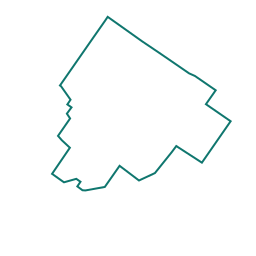 the district of Bibb, Alabama, United States of America, rotated 215°
{"feature_id": "52423323B3928006362996", "entity_name": "Bibb", "entity_type": "district", "adm_level": 2, "iso_a3": "USA", "parent_name": "United States of America", "parent_adm1": "Alabama", "projection": "equal_earth", "projection_center": [-87.112, 33.039], "detail": "fine", "context": "isolated", "style": "outline", "palette": "teal", "viewbox_px": 256, "rotation_deg": 215, "n_neighbors": 0, "source": "geoboundaries", "source_scale": "gbopen_adm2", "svg_char_len": 575}
<svg xmlns="http://www.w3.org/2000/svg" viewBox="0 0 256 256"><g transform="rotate(215 128 128)"><path d="M47.6,142.0L47.8,192.4L77.8,192.2L77.8,209.2L103.1,209.0L109.3,207.8L142.9,207.5L166.2,207.1L208.4,207.4L208.3,202.8L208.3,181.7L208.1,123.8L206.8,123.8L191.3,118.2L191.2,112.5L186.1,112.5L186.3,104.7L180.9,102.6L180.8,81.4L175.1,80.0L164.3,78.5L163.9,46.9L152.5,46.8L149.3,46.8L141.2,56.7L136.1,56.7L136.0,51.1L129.6,50.9L127.1,52.4L113.2,66.4L113.2,92.2L88.9,91.3L80.1,106.5L78.3,133.7L78.1,140.9L47.6,142.0Z" fill="none" stroke="#0f766e" stroke-width="2"/></g></svg>